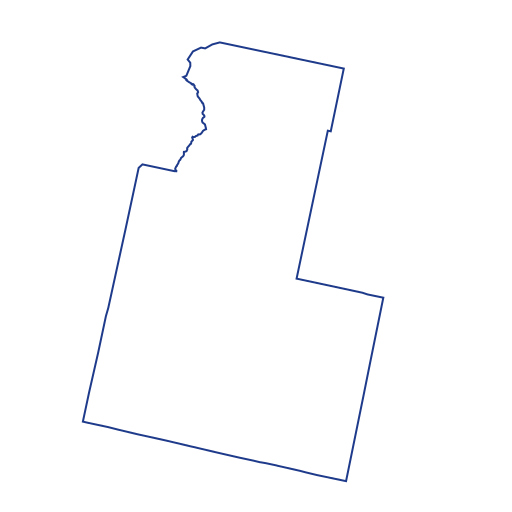 Klamath, Oregon, United States of America, rotated 12°
{"feature_id": "52423323B65304648918135", "entity_name": "Klamath", "entity_type": "district", "adm_level": 2, "iso_a3": "USA", "parent_name": "United States of America", "parent_adm1": "Oregon", "projection": "equal_earth", "projection_center": [-121.946, 42.805], "detail": "fine", "context": "isolated", "style": "outline", "palette": "blue", "viewbox_px": 512, "rotation_deg": 12, "n_neighbors": 0, "source": "geoboundaries", "source_scale": "gbopen_adm2", "svg_char_len": 2451}
<svg xmlns="http://www.w3.org/2000/svg" viewBox="0 0 512 512"><g transform="rotate(12 256 256)"><path d="M302.9,54.4L176.2,54.6L169.3,58.1L163.1,63.5L158.9,63.6L151.8,69.0L148.3,78.0L151.5,80.6L152.3,83.9L150.4,94.2L147.6,96.1L151.6,97.9L151.6,98.2L151.4,98.5L152.0,98.9L152.6,99.1L154.4,99.9L156.5,100.5L157.3,101.1L157.3,101.3L157.7,101.4L158.1,101.6L158.6,100.9L159.4,101.2L159.8,101.7L160.6,102.4L160.5,103.1L161.1,104.0L162.7,105.3L163.6,105.8L164.4,106.2L165.0,107.2L165.3,107.7L165.2,108.4L164.7,109.2L165.3,110.8L165.9,112.1L166.5,112.5L168.1,113.8L169.2,115.1L170.3,115.9L170.8,116.5L171.6,117.4L171.8,117.2L172.6,117.9L173.8,120.3L174.4,121.4L174.7,122.6L174.9,123.8L174.2,125.5L173.8,126.9L174.3,128.1L175.5,128.8L176.4,129.7L176.6,130.5L176.2,131.1L175.4,131.9L175.0,133.2L174.9,134.3L175.2,135.3L175.9,136.5L178.7,137.9L179.7,139.9L180.4,141.3L180.8,142.4L179.9,142.9L178.6,144.1L178.0,144.9L177.7,145.8L177.2,147.0L176.6,147.9L176.3,148.4L175.7,148.8L175.1,148.8L174.2,149.1L173.9,149.8L173.8,150.3L173.2,150.6L172.1,151.3L171.5,152.2L170.3,152.6L169.7,152.8L169.3,152.8L169.2,152.7L168.9,153.2L169.1,153.6L169.9,155.0L170.2,155.6L169.8,156.4L169.5,156.8L169.0,157.6L169.0,158.1L169.1,158.4L169.1,158.8L169.1,159.0L169.1,159.7L168.2,160.5L167.9,161.5L167.2,162.7L166.7,163.6L166.3,164.4L166.2,164.9L166.6,165.7L166.6,166.3L166.4,167.0L166.2,167.9L165.8,168.2L165.1,168.6L164.6,168.9L164.4,169.0L164.0,169.1L164.1,169.3L163.9,169.8L164.0,170.2L164.1,170.5L164.2,170.8L164.4,171.9L164.3,172.8L163.8,173.8L162.8,175.0L162.2,175.9L162.2,176.4L162.0,177.1L161.9,177.7L161.2,178.5L160.8,180.0L160.7,181.5L160.2,182.8L159.9,183.5L159.9,184.3L159.3,185.0L159.1,186.1L158.8,187.2L159.3,188.6L160.2,189.0L160.8,189.5L161.3,189.5L158.6,190.0L144.7,190.0L137.0,190.0L130.4,190.0L125.9,190.0L122.9,194.2L122.9,198.7L122.9,205.2L122.9,207.7L122.8,257.9L122.3,337.5L121.7,346.0L121.7,357.2L121.7,383.8L121.1,424.2L121.1,454.0L126.6,454.1L145.7,454.1L145.8,454.1L146.6,454.1L146.8,454.1L157.0,454.5L176.5,455.0L205.9,455.2L232.4,455.8L233.0,455.8L236.0,455.8L238.7,455.9L256.8,456.3L268.4,456.5L282.3,456.7L283.8,456.7L284.7,456.7L295.9,456.7L299.0,456.8L302.8,456.9L303.7,456.8L303.9,456.8L308.6,456.6L319.9,456.6L320.5,456.7L343.8,457.0L349.8,457.3L361.2,457.6L390.9,457.5L390.2,371.8L390.2,371.3L389.8,335.3L389.2,270.3L373.1,270.4L367.7,269.8L300.4,269.7L300.2,118.5L303.2,118.5L302.9,54.4Z" fill="none" stroke="#1e3a8a" stroke-width="2"/></g></svg>